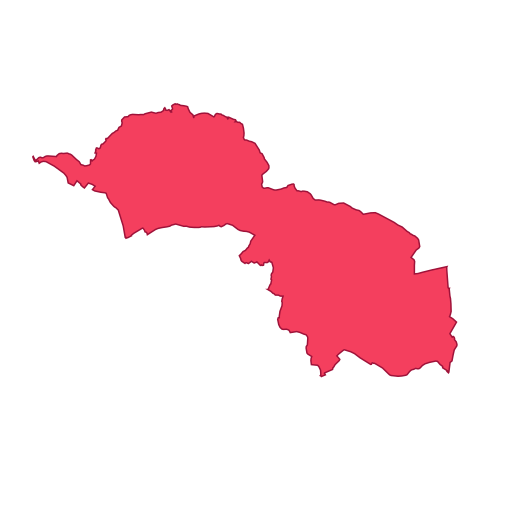 Seica Mica, Sibiu, Romania, rotated 250°
{"feature_id": "2599482B41747805534423", "entity_name": "Seica Mica", "entity_type": "district", "adm_level": 2, "iso_a3": "ROU", "parent_name": "Romania", "parent_adm1": "Sibiu", "projection": "albers", "projection_center": [24.086, 46.046], "detail": "fine", "context": "isolated", "style": "filled", "palette": "rose", "viewbox_px": 512, "rotation_deg": 250, "n_neighbors": 0, "source": "geoboundaries", "source_scale": "gbopen_adm2", "svg_char_len": 6117}
<svg xmlns="http://www.w3.org/2000/svg" viewBox="0 0 512 512"><g transform="rotate(250 256 256)"><path d="M258.5,371.1L261.9,369.5L263.5,368.4L265.1,365.9L268.2,362.7L270.2,361.6L275.8,356.5L277.2,351.7L277.0,348.3L277.4,347.0L281.1,343.8L281.8,342.8L282.2,341.5L283.9,339.5L286.3,335.9L287.2,334.2L288.3,330.8L290.5,329.4L294.6,328.7L296.0,328.2L298.8,326.2L300.3,323.7L301.0,322.1L301.1,320.4L302.6,318.4L303.3,316.8L306.3,315.9L308.6,315.8L310.2,316.2L310.8,315.9L311.2,314.4L311.3,310.2L309.9,308.3L310.4,305.4L310.3,302.4L311.1,297.4L311.6,296.1L312.5,294.8L315.9,290.9L316.3,289.9L316.7,287.4L317.1,286.3L318.8,285.4L321.3,285.8L321.9,286.0L322.6,287.0L323.7,287.7L329.9,289.1L330.6,290.3L332.0,294.7L333.7,297.8L334.9,298.5L336.6,299.0L340.4,298.4L344.3,297.1L345.7,297.3L350.0,296.7L351.4,295.3L351.9,295.2L354.5,295.3L362.2,293.6L364.9,291.0L366.2,288.9L368.1,286.9L368.9,285.1L369.4,284.8L371.7,284.7L373.1,285.7L375.6,286.8L380.4,287.9L384.4,288.3L385.6,287.2L387.2,286.4L388.0,284.3L389.2,283.7L389.1,283.1L389.3,282.4L389.9,283.4L391.0,283.3L392.2,281.5L395.7,277.9L394.5,276.6L394.5,276.3L395.4,276.2L396.0,277.0L396.6,275.8L397.7,274.6L399.2,273.5L400.2,272.2L401.4,271.6L401.6,270.8L403.3,268.1L403.1,266.7L402.7,266.0L401.4,264.7L401.1,264.0L406.4,259.6L407.9,256.4L408.7,253.5L409.0,250.9L408.8,246.0L408.5,245.4L406.9,244.7L410.2,245.0L413.5,243.1L417.4,242.7L419.7,242.8L420.6,241.7L422.1,239.2L423.4,236.5L424.3,235.9L425.1,234.7L425.7,234.2L425.9,233.8L425.9,232.6L426.7,232.1L426.4,229.6L425.8,228.1L423.2,228.0L422.4,227.6L421.9,225.9L420.2,226.0L420.2,225.3L423.3,224.3L423.2,222.6L423.5,221.7L423.9,221.1L424.9,221.3L426.5,221.0L426.1,220.1L425.4,219.4L424.4,219.1L423.6,215.9L424.3,213.1L424.3,210.8L427.0,206.9L427.6,200.3L427.3,198.9L428.6,195.3L428.7,194.4L431.3,188.4L431.6,186.4L431.5,184.9L430.7,183.4L431.6,180.0L429.8,176.4L428.7,175.9L426.9,175.8L424.2,174.0L423.7,171.2L421.4,168.9L421.5,167.4L420.5,164.5L420.4,163.0L417.2,156.5L417.7,155.3L417.5,155.0L417.2,154.7L416.0,154.7L415.3,154.1L413.6,150.4L413.8,149.4L413.7,148.9L412.9,148.0L411.5,147.1L410.6,146.1L410.6,145.0L411.9,143.6L412.1,143.0L410.4,141.5L409.7,141.6L407.9,140.0L407.2,141.3L404.4,139.7L402.3,137.4L402.1,136.9L402.0,135.7L401.4,134.5L402.9,134.0L402.9,133.4L399.2,132.0L398.7,131.2L398.5,130.4L398.8,127.4L399.2,125.8L400.4,124.7L401.8,122.7L405.1,122.1L408.0,120.3L413.8,117.4L415.2,116.3L416.0,115.1L417.0,114.2L417.3,113.6L418.2,110.0L419.1,108.3L419.5,106.1L418.5,103.3L417.7,102.5L421.2,94.7L421.6,93.2L421.6,91.9L421.2,90.1L421.2,89.2L421.5,88.4L422.5,87.4L422.7,86.4L422.7,85.6L421.2,82.1L421.5,81.7L422.2,81.2L425.8,80.7L425.5,80.2L421.6,80.2L420.1,80.7L419.8,82.0L419.7,84.0L417.3,84.0L417.9,86.3L417.7,88.6L416.5,91.0L409.4,97.2L399.6,103.8L396.7,104.9L394.5,105.4L388.9,104.5L384.4,108.8L387.9,113.5L383.5,116.0L383.0,115.7L382.4,115.8L380.4,116.8L378.6,118.0L381.9,123.4L379.4,126.5L376.6,128.7L374.3,125.0L372.3,126.7L368.9,132.1L367.0,135.8L366.1,136.7L361.4,136.5L360.4,136.9L356.0,137.5L351.5,139.3L350.4,139.9L349.4,140.8L346.3,142.3L329.7,141.5L318.4,139.5L318.3,140.0L317.2,139.9L317.1,142.1L317.6,145.9L318.0,145.9L318.4,146.6L319.2,149.2L321.0,158.6L320.9,159.2L320.7,159.3L318.7,160.0L316.6,160.0L315.8,161.1L314.5,161.4L313.2,161.2L315.3,170.6L315.4,172.5L315.4,173.6L314.9,177.3L313.9,182.2L313.5,185.2L313.9,187.1L313.5,191.5L308.6,198.3L307.8,200.8L305.9,203.4L304.1,207.4L302.4,211.9L302.1,213.5L302.1,214.8L300.8,217.7L298.0,226.6L297.5,229.7L297.5,231.7L296.2,232.4L295.4,233.3L295.7,236.4L296.4,238.6L296.3,239.9L296.0,240.5L292.9,244.5L287.2,248.1L285.4,249.8L283.6,252.7L282.4,255.4L280.7,257.9L275.9,262.0L271.7,256.1L269.6,254.8L267.8,252.6L266.7,251.8L266.5,250.7L264.9,248.0L264.6,245.4L263.1,242.8L262.0,240.4L259.2,240.7L256.9,240.5L255.8,240.9L252.8,243.1L253.1,243.6L253.0,244.7L251.5,246.3L252.6,249.9L250.0,251.9L250.1,253.1L249.9,253.8L250.2,254.8L245.8,256.8L245.4,257.4L245.7,258.0L244.9,258.9L244.8,259.9L246.4,260.8L247.0,261.4L247.0,261.9L246.1,263.9L246.0,264.7L246.4,265.7L247.7,267.0L245.5,267.4L245.1,268.3L244.7,268.7L239.0,268.3L235.2,266.3L233.9,264.4L232.8,263.7L231.1,263.4L229.1,262.1L228.2,262.5L224.6,260.3L224.6,260.0L224.0,259.2L220.4,255.9L220.5,255.6L217.7,257.9L215.1,259.2L214.5,260.0L212.7,260.8L211.5,263.8L210.1,265.0L209.0,267.7L206.7,265.9L204.6,264.7L203.2,264.7L200.3,263.4L195.8,259.6L191.7,257.4L190.1,256.8L190.4,255.8L189.0,254.7L183.8,253.9L180.7,254.2L178.5,255.3L177.7,256.5L176.8,259.5L175.6,261.1L174.7,261.7L172.3,262.0L171.1,268.3L169.3,271.0L166.1,274.4L164.9,276.1L162.9,276.7L162.0,276.8L160.9,276.5L155.4,274.1L154.7,273.7L153.8,272.3L152.3,271.6L147.4,270.7L146.2,271.1L142.5,274.0L140.8,272.7L138.9,271.8L135.0,270.9L132.2,276.6L130.3,277.3L126.6,277.6L122.8,276.5L122.1,276.2L121.6,275.5L121.0,276.1L120.4,276.2L120.6,280.5L122.5,280.2L122.7,280.5L123.2,289.1L124.7,290.1L125.0,290.9L126.9,293.2L129.3,298.5L130.2,299.4L134.5,297.8L135.5,299.8L137.6,305.9L137.7,306.9L133.7,312.2L130.6,315.2L124.7,319.0L114.9,326.7L114.8,327.4L115.8,328.5L115.8,328.9L115.0,329.7L114.7,330.6L113.0,332.1L107.5,336.6L99.8,340.3L98.5,341.0L97.5,342.1L94.4,348.4L93.4,352.0L92.7,356.1L92.8,357.3L94.8,360.6L95.6,362.4L95.8,363.6L95.6,365.4L95.8,367.5L94.6,369.6L94.4,370.6L94.7,372.0L96.2,374.9L96.9,378.0L96.7,382.7L95.8,389.0L94.9,390.5L91.1,391.9L88.5,393.6L87.1,393.2L82.5,396.7L82.2,396.0L80.4,396.9L80.9,397.5L89.3,401.8L89.6,402.0L90.4,404.3L95.5,407.3L100.0,410.2L102.9,414.0L104.2,414.6L106.8,414.8L109.6,413.9L110.6,414.4L111.9,414.4L113.0,413.7L112.6,412.6L116.7,411.6L125.3,421.8L129.7,419.5L132.8,417.1L134.5,418.6L137.2,420.4L144.4,422.8L149.5,424.2L152.0,424.5L159.0,426.3L159.5,426.7L159.7,425.9L160.6,425.7L177.3,430.4L180.3,431.4L180.7,431.8L182.7,416.9L183.8,406.5L184.1,402.3L185.0,398.7L193.2,401.7L196.6,403.2L198.4,403.2L201.6,401.2L206.9,408.7L207.7,411.7L208.9,413.1L215.4,414.3L217.3,413.9L220.5,412.1L221.8,410.5L223.3,409.5L223.9,408.6L225.5,408.0L227.6,406.3L233.2,403.3L236.6,399.9L240.2,397.4L253.6,385.4L255.9,382.9L257.3,378.5L258.5,371.1Z" fill="#f43f5e" stroke="#9f1239" stroke-width="1.5"/></g></svg>